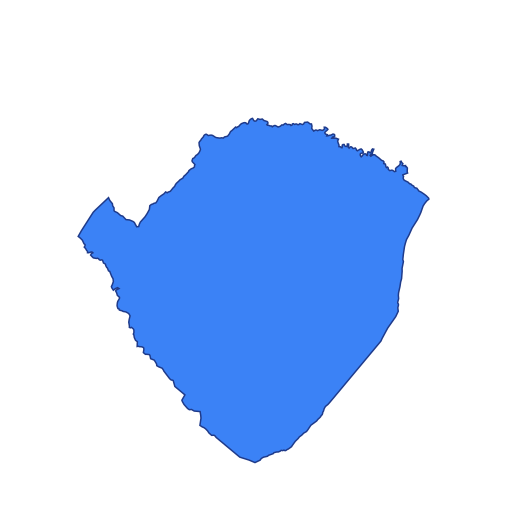 Kitui West, Eastern, Kenya, rotated 220°
{"feature_id": "3690345B81121704285473", "entity_name": "Kitui West", "entity_type": "district", "adm_level": 2, "iso_a3": "KEN", "parent_name": "Kenya", "parent_adm1": "Eastern", "projection": "equal_earth", "projection_center": [37.929, -1.241], "detail": "fine", "context": "isolated", "style": "filled", "palette": "blue", "viewbox_px": 512, "rotation_deg": 220, "n_neighbors": 0, "source": "geoboundaries", "source_scale": "gbopen_adm2", "svg_char_len": 6149}
<svg xmlns="http://www.w3.org/2000/svg" viewBox="0 0 512 512"><g transform="rotate(220 256 256)"><path d="M404.8,156.7L402.7,156.8L399.2,156.5L395.6,154.8L394.7,154.9L393.9,154.6L393.5,153.7L393.3,152.4L391.4,152.2L389.6,151.5L387.9,151.2L387.2,150.2L386.4,150.8L384.8,153.2L383.8,153.7L383.0,153.6L383.6,152.0L383.3,150.4L380.9,150.1L379.4,150.0L376.7,151.5L376.0,152.4L374.9,152.7L373.6,152.4L372.6,152.7L371.8,153.8L370.8,154.1L368.3,152.6L367.2,152.9L366.0,152.9L364.8,152.0L363.1,151.3L362.2,151.3L359.4,149.8L358.2,150.2L353.4,147.6L350.9,146.7L348.8,144.7L347.5,141.2L347.2,139.7L346.2,139.0L343.3,138.1L342.8,140.6L341.7,142.8L340.0,143.0L341.2,140.1L341.1,139.0L339.1,138.2L336.9,136.7L334.0,136.6L333.3,135.7L332.7,132.3L332.1,131.0L330.7,128.9L329.8,128.1L328.0,127.0L327.0,127.4L326.1,126.8L325.3,127.0L323.2,128.0L322.2,128.1L319.8,129.5L317.4,130.0L316.1,130.0L314.0,129.2L312.3,125.8L310.9,123.5L308.1,121.1L307.1,119.9L306.1,120.2L305.5,121.3L303.1,121.3L302.3,121.0L301.6,120.4L300.2,118.7L299.8,117.3L298.9,117.1L296.8,115.3L294.1,114.0L291.8,114.1L288.9,110.3L288.2,111.2L287.2,111.5L285.3,112.9L284.0,113.4L282.9,113.4L281.8,112.3L280.2,109.6L277.5,109.6L276.5,110.5L274.3,111.9L273.4,111.7L270.7,109.6L267.2,110.8L266.2,110.6L262.8,109.4L261.5,108.2L259.2,108.6L255.8,109.7L253.8,109.2L252.6,108.6L243.2,106.5L241.2,106.5L240.4,107.1L239.4,107.4L234.3,103.9L221.2,103.9L220.1,97.9L218.9,97.2L215.7,96.0L210.4,95.2L208.3,95.4L206.7,97.0L203.7,97.5L198.8,100.9L195.9,98.4L193.9,96.4L190.1,90.2L187.4,90.5L185.4,91.1L183.5,91.2L180.6,90.9L178.4,90.2L174.7,90.1L173.0,91.7L171.4,91.8L170.0,91.4L139.1,91.5L130.2,95.2L124.0,97.1L121.6,102.3L121.8,103.9L121.4,105.6L120.8,106.9L118.5,109.9L118.2,111.5L115.8,115.6L115.8,116.9L114.0,119.4L113.1,120.0L112.1,121.8L111.8,123.3L110.4,124.1L109.8,125.3L108.9,125.4L108.2,126.0L107.7,127.9L107.2,128.8L106.2,132.8L106.4,134.0L106.8,139.3L106.4,143.3L106.5,145.4L105.8,148.2L105.6,151.0L104.5,154.0L104.6,156.3L105.2,161.6L103.5,168.6L103.6,170.5L103.3,172.8L103.2,174.4L103.5,175.8L103.3,176.9L103.7,178.1L104.3,178.9L104.6,180.5L105.6,182.8L106.0,184.6L106.0,186.0L105.5,188.4L105.4,191.0L105.6,271.1L106.4,273.9L108.8,285.5L110.0,299.4L111.5,305.1L114.1,307.5L115.4,310.1L116.2,310.8L117.1,311.0L117.8,311.8L119.3,315.0L121.6,317.3L123.1,319.4L126.0,325.0L128.5,329.1L129.9,332.2L134.2,338.2L136.2,340.5L139.5,346.5L141.3,347.7L144.2,352.0L148.3,358.7L149.7,361.6L151.3,365.4L152.2,370.0L154.4,377.8L155.7,387.7L156.9,392.5L157.7,395.3L160.1,401.6L160.5,404.3L160.6,408.0L160.1,410.7L161.0,411.3L164.3,411.6L166.7,411.5L170.6,411.1L172.9,410.5L176.4,411.3L178.2,410.4L179.4,410.5L180.1,410.9L182.4,410.5L183.7,410.7L184.7,410.1L187.0,410.3L190.2,409.5L191.9,409.4L193.4,410.3L194.1,411.8L195.0,412.0L195.7,412.5L193.2,417.0L194.4,417.8L196.6,420.7L198.2,421.1L198.9,420.6L199.6,421.4L201.2,419.8L202.2,419.3L202.9,421.2L204.4,421.3L205.8,421.9L206.3,421.0L205.4,420.2L204.5,418.6L204.6,416.9L205.3,413.9L205.2,412.6L203.4,410.7L204.2,409.6L206.1,409.5L207.1,409.1L208.4,407.4L210.4,407.4L211.2,408.4L212.4,408.7L212.9,407.6L213.8,407.9L216.0,409.6L217.6,408.9L218.3,410.3L219.6,410.6L221.3,410.0L225.2,410.1L228.4,409.8L229.3,410.0L230.3,409.7L231.4,408.8L232.2,406.2L233.3,406.4L233.3,407.7L232.7,409.3L233.4,410.4L234.4,413.5L235.6,412.9L235.5,411.3L234.9,410.2L234.6,408.8L235.5,408.3L236.5,408.4L237.2,407.4L235.3,404.6L236.0,404.2L236.8,404.8L237.7,404.7L238.6,403.9L239.1,402.7L239.0,400.9L239.2,399.6L240.1,399.8L241.2,400.4L241.8,401.6L241.1,402.8L240.3,403.5L240.5,404.6L243.0,405.6L244.3,405.6L245.0,404.5L245.9,401.8L246.9,401.6L247.6,402.2L249.3,402.6L250.7,400.7L252.9,401.0L254.0,400.2L254.0,398.5L255.6,398.7L255.9,400.1L257.0,401.3L258.0,400.5L257.0,399.3L257.3,397.8L258.0,397.5L259.2,397.5L260.1,398.1L261.0,397.4L261.2,396.3L260.3,395.5L259.7,394.2L260.4,393.8L261.2,394.1L262.8,393.1L263.7,394.3L266.4,395.8L267.4,396.6L267.9,398.5L270.6,397.6L273.6,395.0L273.8,396.3L272.6,398.1L273.5,399.3L274.6,399.4L275.5,398.8L276.2,397.0L277.3,395.7L278.1,394.4L279.0,393.5L279.4,394.8L280.7,394.2L281.7,394.2L282.6,394.7L282.7,396.2L282.4,397.5L282.3,399.2L283.1,399.5L285.5,399.3L286.5,398.5L285.3,397.4L285.3,396.1L286.0,394.8L288.3,393.7L289.4,391.6L290.4,391.4L291.4,390.7L292.1,388.8L295.3,389.5L296.6,391.5L298.4,392.8L299.4,392.0L302.5,391.8L304.7,389.5L304.4,387.7L305.0,386.5L307.5,385.6L307.7,384.1L308.7,383.3L309.6,383.3L310.3,382.8L311.0,381.6L312.4,381.4L313.0,380.6L312.6,379.4L313.1,378.4L314.1,378.7L315.3,378.0L316.6,376.7L318.5,376.6L319.1,375.5L319.4,373.8L320.5,373.0L320.8,371.0L322.0,369.0L325.0,368.4L325.9,367.6L326.6,365.4L327.5,365.7L328.7,364.8L330.6,364.1L331.3,363.5L332.1,363.6L332.0,365.0L332.8,366.0L333.8,366.2L337.1,364.9L339.2,365.0L340.7,363.2L342.8,362.3L342.7,359.7L343.4,358.6L344.7,358.3L347.1,359.2L347.6,358.5L348.1,357.2L348.2,355.5L347.2,352.9L347.2,351.8L348.2,351.2L349.3,351.5L350.3,351.0L351.1,350.1L352.3,347.9L352.6,345.3L352.5,344.1L353.2,342.9L353.3,341.9L354.5,341.7L355.1,336.6L355.5,335.0L354.9,332.4L354.8,329.5L356.7,326.9L356.8,325.4L358.5,324.3L359.4,323.1L362.1,321.4L363.2,320.9L366.6,320.5L367.6,320.1L368.6,319.3L370.0,317.6L372.2,317.4L372.9,316.7L373.3,315.4L373.2,314.3L372.9,313.3L373.0,310.5L372.7,309.0L372.8,307.5L372.5,306.2L370.3,304.0L367.6,302.4L366.9,301.7L366.3,299.7L366.0,298.3L366.1,296.1L366.6,294.5L366.6,293.5L366.4,292.3L366.6,291.0L367.1,290.0L366.3,287.9L365.5,287.3L361.6,286.8L361.2,285.7L360.4,284.6L360.7,283.0L361.7,281.1L362.3,278.3L361.9,277.4L362.1,273.1L362.5,270.9L362.1,268.6L363.2,265.5L363.3,263.6L363.7,260.5L363.6,258.9L363.2,257.6L363.1,256.5L363.3,255.1L363.2,250.5L364.4,248.4L364.7,247.3L366.4,247.0L366.5,244.4L367.4,241.4L368.0,238.4L367.0,234.2L366.9,232.2L368.0,230.9L368.4,229.7L369.3,228.2L369.7,226.3L367.6,223.1L366.7,218.7L366.2,214.7L366.4,207.6L365.8,205.4L364.8,203.1L366.2,201.7L370.8,203.5L372.5,203.4L376.1,202.3L379.0,200.3L383.7,200.9L385.7,200.0L390.0,200.1L393.1,199.3L393.9,199.5L395.7,201.6L398.0,202.3L399.7,203.8L403.8,204.6L406.5,205.9L408.6,187.9L408.8,184.8L406.0,163.1L404.8,156.7Z" fill="#3b82f6" stroke="#1e3a8a" stroke-width="1.5"/></g></svg>